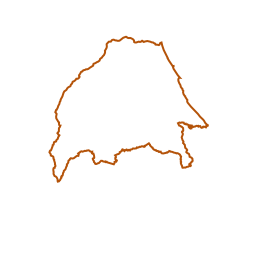 Grey District, West Coast, New Zealand, rotated 131°
{"feature_id": "76426892B91014587529392", "entity_name": "Grey District", "entity_type": "district", "adm_level": 2, "iso_a3": "NZL", "parent_name": "New Zealand", "parent_adm1": "West Coast", "projection": "natural_earth1", "projection_center": [171.596, -42.409], "detail": "fine", "context": "isolated", "style": "outline", "palette": "amber", "viewbox_px": 256, "rotation_deg": 131, "n_neighbors": 0, "source": "geoboundaries", "source_scale": "gbopen_adm2", "svg_char_len": 5823}
<svg xmlns="http://www.w3.org/2000/svg" viewBox="0 0 256 256"><g transform="rotate(131 128 128)"><path d="M73.9,69.3L73.5,69.7L73.7,70.2L73.5,73.1L72.7,75.2L72.4,76.7L72.2,81.0L71.5,84.5L70.6,94.5L69.7,99.7L69.2,100.7L67.9,101.6L67.9,102.2L67.5,103.1L67.2,104.5L66.8,105.4L66.5,105.7L66.6,106.2L66.0,108.3L64.9,109.9L63.7,110.6L63.4,112.0L62.7,112.7L62.7,113.6L62.3,115.2L61.3,116.5L60.5,118.8L59.5,120.7L58.6,121.7L57.7,122.2L56.3,122.4L56.0,121.9L55.5,125.1L53.4,132.5L52.5,134.0L51.6,134.0L51.3,134.3L52.0,134.9L50.3,141.3L49.3,144.0L49.1,144.0L45.7,152.2L43.3,156.3L41.5,158.8L42.6,159.4L44.6,158.9L45.2,159.1L45.9,160.5L46.9,161.7L47.0,162.1L46.5,162.8L46.9,164.0L47.0,165.2L47.8,166.3L48.2,167.7L49.7,170.5L51.8,172.1L52.7,172.5L52.9,173.3L52.7,174.1L52.9,174.6L54.6,174.9L55.4,175.7L55.7,176.5L58.2,178.0L58.9,178.9L59.1,179.7L58.1,180.8L57.8,181.8L57.8,182.8L58.4,185.1L58.9,185.8L59.5,186.2L60.2,187.5L60.3,188.1L60.2,188.9L60.5,189.4L63.0,190.8L67.3,191.6L68.1,192.0L69.1,193.2L69.6,194.3L70.2,195.0L70.7,196.7L71.6,197.5L72.3,197.8L74.0,197.6L75.5,199.1L78.5,199.2L78.9,199.0L80.2,197.6L81.1,197.0L82.0,196.6L84.8,196.1L85.6,195.2L86.6,194.6L88.6,194.0L90.8,194.1L92.0,193.9L94.1,194.4L95.8,193.7L97.7,194.1L98.2,194.5L100.7,195.3L102.1,196.1L102.6,196.0L103.8,195.2L107.8,196.4L109.4,196.7L110.6,197.4L111.2,198.2L112.2,198.5L113.8,199.6L115.4,199.6L115.6,199.9L116.7,200.2L118.4,199.7L120.1,199.6L120.9,199.1L120.9,198.5L121.2,198.1L122.2,197.9L123.8,198.2L124.7,199.3L126.4,199.1L128.0,199.4L129.4,200.1L131.1,199.4L132.8,199.5L134.3,198.9L136.2,199.7L137.7,199.9L139.7,199.5L142.2,200.1L143.8,199.7L147.3,198.2L150.6,197.5L152.0,196.7L153.0,196.6L155.1,195.5L156.9,195.2L158.7,194.4L161.1,193.8L161.4,194.1L162.2,193.9L163.1,193.3L163.7,193.3L164.2,191.1L166.6,189.7L167.8,188.4L168.7,185.5L169.0,185.0L169.0,183.7L170.2,182.8L171.0,181.6L171.0,181.1L170.6,180.6L171.9,180.1L173.4,180.0L175.9,178.0L178.2,177.9L178.4,176.7L178.7,176.3L178.5,175.0L181.0,174.6L182.2,173.9L183.9,174.1L184.6,173.9L185.2,173.5L185.8,173.6L186.2,174.1L187.3,174.5L189.3,173.3L190.4,173.6L190.9,173.1L194.9,171.6L195.6,171.5L196.0,171.9L196.6,171.9L197.9,171.3L198.5,169.1L199.4,168.2L198.7,165.9L198.8,165.4L199.6,164.4L200.1,164.1L200.3,163.0L200.7,162.8L202.4,160.1L203.5,159.1L203.6,158.7L204.3,157.8L205.5,157.7L206.1,157.2L207.0,157.8L208.0,157.4L209.4,156.1L209.9,155.3L210.9,154.6L211.6,153.9L211.8,153.2L212.3,152.3L212.4,151.9L212.0,150.7L212.1,149.3L213.0,147.4L213.6,146.7L214.1,146.5L214.5,145.8L213.5,145.1L212.4,145.2L211.8,145.1L210.2,145.6L209.4,145.6L209.3,145.9L208.6,146.0L208.5,146.4L207.7,146.6L207.0,146.2L206.5,146.3L204.5,147.5L203.6,147.6L202.4,148.3L200.3,148.1L197.3,149.3L196.6,149.3L195.5,150.3L194.5,150.2L193.1,150.5L192.1,151.3L191.6,151.5L190.1,151.2L189.4,151.5L188.3,151.3L187.5,149.9L186.4,149.1L183.0,148.4L182.1,148.0L181.6,147.2L180.0,148.0L179.9,148.9L178.4,148.6L177.9,148.3L177.1,148.4L176.0,147.7L175.8,146.9L174.6,146.1L173.8,145.8L172.8,144.6L172.0,144.3L171.5,143.7L170.9,143.4L170.4,142.3L170.5,141.1L170.0,140.0L169.4,139.5L170.7,138.7L170.7,137.9L170.0,137.3L170.9,135.8L172.3,134.2L172.8,133.9L174.0,134.5L174.4,134.4L175.1,133.0L175.3,132.1L176.0,131.4L176.0,130.4L176.5,129.4L176.5,129.0L175.8,128.2L174.2,127.5L173.7,127.0L170.4,126.8L169.6,125.7L169.6,124.8L168.8,123.6L168.2,123.2L168.5,122.6L168.3,122.2L167.4,121.9L167.5,121.0L164.7,114.9L163.2,115.2L162.4,115.9L161.6,115.3L161.2,115.4L161.0,114.8L159.8,115.1L159.7,115.4L160.1,116.2L159.7,117.3L158.8,118.0L158.2,117.8L157.7,118.2L157.3,118.9L157.1,119.8L154.6,118.7L153.9,118.1L152.6,117.8L152.2,117.9L151.6,118.4L150.9,117.9L149.5,117.9L147.8,118.2L147.6,118.0L147.7,117.7L148.5,117.3L148.4,116.9L147.3,116.3L147.5,115.6L146.6,115.7L146.2,115.0L145.4,115.1L145.1,114.9L145.2,113.4L144.8,113.1L144.4,113.3L143.9,113.0L143.7,111.8L142.7,112.0L141.5,111.0L140.1,110.8L139.5,109.8L137.9,108.4L136.9,108.5L136.9,108.1L136.6,107.8L135.9,107.6L135.6,107.2L134.5,106.9L134.0,106.1L133.0,105.8L132.2,104.9L131.8,103.7L131.3,103.2L130.8,103.2L130.4,103.7L129.6,103.2L125.9,102.2L126.2,101.4L126.1,100.6L126.7,99.9L126.9,97.3L126.7,96.7L127.0,96.4L126.9,96.1L127.3,95.3L127.3,94.2L127.2,93.9L126.9,93.6L126.9,92.7L126.4,92.3L126.6,91.4L125.7,90.4L125.9,89.3L125.3,89.0L125.3,88.4L124.4,87.8L124.8,87.0L124.9,85.9L124.1,84.7L121.7,82.9L121.2,82.9L120.7,82.1L119.9,82.1L119.2,81.7L118.3,81.8L117.9,81.0L117.8,80.1L117.3,79.5L116.7,78.3L116.7,77.7L115.6,75.7L115.4,74.8L114.8,74.5L114.3,73.4L114.0,71.4L114.2,70.8L114.6,70.4L114.5,70.1L114.7,69.2L116.7,68.1L116.8,67.6L117.3,67.6L118.3,66.2L118.9,66.0L118.9,65.5L120.1,64.8L120.9,63.1L120.9,62.8L122.2,60.9L122.1,60.6L120.8,59.5L120.1,58.6L118.9,58.2L117.7,57.2L116.8,57.0L115.9,55.9L115.5,55.8L114.9,56.1L115.0,56.7L115.3,57.0L115.1,58.0L112.4,57.6L111.8,57.9L110.9,57.5L110.1,57.9L109.7,58.5L109.0,59.1L108.7,60.5L109.3,62.6L108.2,63.9L107.6,65.0L107.6,65.6L108.0,66.5L108.0,68.1L107.2,68.6L106.1,68.7L105.8,68.9L105.4,70.3L105.4,71.8L103.4,74.2L103.4,75.3L103.1,75.9L103.2,76.6L101.8,77.3L101.4,78.8L99.8,81.4L96.9,82.4L96.2,83.1L95.7,84.6L95.2,84.9L94.1,84.5L93.6,84.7L91.9,86.4L91.8,88.1L92.1,88.6L92.0,89.2L92.2,90.2L92.6,91.0L91.6,93.4L90.1,92.8L89.6,91.7L88.3,90.9L88.0,90.2L87.4,89.5L87.9,88.3L87.8,87.9L87.3,87.0L87.1,87.0L87.2,86.8L86.9,86.5L86.7,85.7L86.3,85.6L86.0,84.1L87.3,83.0L87.6,81.3L87.4,80.4L87.1,80.2L87.1,80.6L86.7,80.8L86.7,81.1L86.3,81.4L86.0,81.1L86.0,81.5L85.5,81.7L86.0,82.6L85.2,82.8L84.8,82.1L85.2,81.8L84.7,81.8L84.3,81.5L84.5,81.1L84.4,80.6L84.6,80.2L84.4,80.0L84.5,79.5L83.3,78.8L83.1,78.4L81.5,77.8L80.8,76.8L80.3,76.4L80.7,75.7L79.5,75.1L79.2,74.7L79.6,73.9L79.7,73.2L79.4,72.8L79.4,72.4L78.8,72.2L78.5,71.9L77.9,72.2L77.6,72.1L76.8,70.9L76.4,69.6L75.4,69.8L75.0,70.2L74.6,69.6L73.9,69.3Z" fill="none" stroke="#b45309" stroke-width="2"/></g></svg>